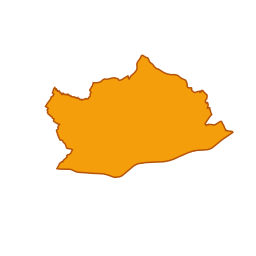 outline of Itagüí, Antioquia, Colombia, rotated 41°
{"feature_id": "7082276B40156907925674", "entity_name": "Itagüí", "entity_type": "district", "adm_level": 2, "iso_a3": "COL", "parent_name": "Colombia", "parent_adm1": "Antioquia", "projection": "equal_earth", "projection_center": [-75.62, 6.177], "detail": "fine", "context": "isolated", "style": "filled", "palette": "amber", "viewbox_px": 256, "rotation_deg": 41, "n_neighbors": 0, "source": "geoboundaries", "source_scale": "gbopen_adm2", "svg_char_len": 5499}
<svg xmlns="http://www.w3.org/2000/svg" viewBox="0 0 256 256"><g transform="rotate(41 128 128)"><path d="M204.2,88.7L204.8,86.5L206.7,75.2L210.0,62.5L209.1,62.3L207.9,63.0L207.9,62.9L205.1,64.8L204.8,65.0L203.8,65.1L203.7,65.7L200.0,64.2L199.8,63.9L194.7,61.9L194.2,61.8L193.6,62.2L193.4,62.4L191.4,68.9L190.4,69.6L188.0,71.1L187.2,72.0L186.9,72.3L186.5,72.3L186.5,72.6L186.1,73.1L185.4,73.6L185.3,74.7L183.8,74.4L183.5,74.3L183.4,74.2L182.9,71.1L182.4,66.7L182.3,65.5L182.3,63.5L182.4,63.0L179.8,61.7L179.0,61.0L178.6,60.9L178.0,60.3L177.4,60.3L177.3,60.2L177.0,60.0L176.7,59.3L176.4,59.1L176.2,59.1L175.8,59.5L175.3,60.5L174.8,60.9L174.2,59.4L173.4,58.1L173.1,57.7L172.7,57.4L171.4,56.7L171.0,58.0L170.4,57.6L170.3,57.4L170.1,57.4L169.9,57.7L169.7,57.7L169.1,57.4L168.9,57.2L168.4,56.2L168.3,55.4L168.2,54.4L168.1,54.0L167.9,53.7L167.7,53.6L167.5,53.0L166.6,51.8L166.3,51.5L165.6,51.2L163.4,51.2L162.9,51.1L161.6,51.1L160.5,50.7L160.1,50.7L159.4,50.9L159.0,51.4L159.1,51.8L159.6,52.4L159.6,52.5L158.9,53.9L158.2,53.3L158.3,52.9L157.1,54.2L155.4,57.0L155.1,57.4L154.8,57.6L154.3,57.7L153.7,57.8L152.1,57.8L151.4,57.7L150.8,57.3L150.2,56.5L150.0,56.2L149.7,56.1L149.4,56.1L148.2,57.3L147.5,57.8L147.1,58.0L145.9,58.0L145.2,57.7L144.1,56.3L143.2,55.6L140.7,54.3L140.2,54.2L139.8,54.2L139.4,54.3L138.2,54.8L137.1,55.1L136.0,55.3L135.3,55.5L134.5,55.6L132.0,55.6L131.2,55.7L130.4,55.9L128.1,57.2L126.6,58.6L125.8,59.2L124.3,60.3L121.3,61.8L118.3,62.7L116.8,63.0L112.8,63.5L112.0,63.7L110.9,64.4L110.5,64.5L107.5,64.4L105.5,63.9L104.3,63.8L101.9,64.0L100.3,63.6L97.5,62.2L97.1,62.2L96.8,62.2L96.4,62.3L95.0,63.0L94.5,63.1L92.7,63.3L91.7,63.5L91.1,63.8L90.8,64.0L90.7,64.4L91.2,66.3L91.5,67.9L91.7,69.2L91.7,70.2L91.9,71.5L92.0,72.0L92.4,73.4L93.1,74.3L95.6,76.9L96.1,77.8L96.5,79.0L96.6,80.7L96.7,81.5L96.6,82.4L96.5,83.7L96.1,86.0L96.1,87.8L96.5,89.3L96.6,89.9L96.6,90.2L96.5,90.3L96.2,90.4L95.6,90.1L94.5,89.2L94.2,88.8L94.0,88.7L93.8,88.7L93.6,89.0L92.2,93.4L92.0,94.4L91.5,95.6L91.2,96.3L90.2,97.8L89.9,97.9L89.7,97.9L89.3,97.8L88.8,97.5L87.9,97.5L86.7,98.2L85.9,98.5L85.4,98.7L84.9,99.0L83.4,100.5L81.4,103.4L80.3,104.8L79.8,105.4L78.7,106.0L78.1,106.5L77.9,106.9L77.5,107.8L77.1,110.6L76.7,111.7L75.9,112.9L74.5,114.6L74.2,114.9L72.8,115.9L72.5,116.3L72.3,116.9L72.2,116.9L73.2,118.8L73.4,119.5L73.5,119.9L73.6,121.1L73.7,121.7L73.9,122.2L74.0,124.1L74.1,124.3L74.3,124.6L75.1,124.9L75.7,125.0L76.4,125.1L76.7,125.2L76.8,125.9L77.0,126.8L77.1,127.1L78.6,128.9L78.7,129.4L78.3,130.6L78.3,130.8L78.8,132.2L77.9,133.1L77.7,133.2L77.3,133.1L77.1,133.3L77.0,133.7L76.7,133.7L75.9,135.4L75.4,136.0L75.2,136.5L75.1,136.8L74.9,137.1L74.7,137.2L74.5,137.3L74.2,137.1L73.9,137.0L73.4,137.9L73.1,138.1L72.4,137.9L71.9,137.8L71.7,137.8L71.1,138.2L70.6,138.7L70.4,138.7L70.0,138.1L69.9,138.3L69.8,138.8L69.6,139.2L69.2,139.3L68.8,139.2L68.6,139.2L68.3,139.5L68.1,139.8L67.7,139.6L67.0,139.8L66.5,140.3L66.0,140.5L65.9,141.0L65.7,141.2L65.1,141.3L64.9,141.4L64.6,141.4L64.4,141.1L64.2,141.1L63.9,141.3L63.6,141.7L63.5,141.8L62.5,141.5L62.2,141.6L61.5,142.4L61.2,142.2L60.9,142.0L60.7,142.3L60.4,142.3L60.2,142.1L59.9,142.3L59.8,143.3L59.5,143.5L58.9,143.5L58.6,144.0L58.0,144.4L57.5,144.3L56.6,144.2L56.5,144.4L56.1,144.6L56.2,145.0L56.3,145.2L56.6,145.3L56.7,145.6L56.6,145.8L56.5,146.0L55.8,146.0L55.8,145.9L55.8,145.3L55.8,145.2L55.7,145.1L54.8,145.5L54.2,145.7L53.9,145.9L53.5,145.6L53.4,145.6L53.2,145.8L52.6,145.6L52.3,145.3L51.9,145.2L51.8,145.5L52.0,145.7L52.0,145.8L51.8,145.9L51.6,146.0L51.3,145.6L51.2,145.6L50.7,146.4L50.2,146.0L50.0,145.9L49.8,145.9L49.6,146.4L49.4,146.5L49.2,146.5L49.2,146.3L49.1,145.9L48.7,145.7L48.3,145.5L48.1,145.6L48.1,145.9L48.0,146.1L47.6,145.7L47.1,145.9L46.2,145.5L46.2,146.4L46.3,147.1L46.6,148.0L47.4,149.6L47.9,151.1L48.3,151.1L49.9,151.1L50.1,152.1L50.2,153.6L49.9,154.7L49.7,154.9L49.7,155.3L49.8,155.4L50.5,156.4L50.7,158.1L51.0,162.5L51.2,163.2L51.6,165.9L54.0,165.5L54.9,165.5L55.1,167.3L55.4,167.6L56.3,167.9L56.5,168.0L56.8,169.0L57.4,169.2L58.7,169.8L58.9,169.8L59.6,169.8L60.2,169.6L62.0,169.8L62.8,169.4L63.6,169.6L64.3,170.2L64.6,170.2L66.0,169.7L66.4,170.0L66.9,171.3L67.2,171.5L67.8,171.6L69.9,171.4L71.0,171.1L72.1,171.1L72.3,171.0L72.8,170.5L73.2,170.3L73.6,170.1L74.0,170.1L74.1,172.2L74.6,173.5L75.5,173.8L75.8,174.1L75.8,174.8L75.8,175.3L75.5,176.2L75.5,176.5L75.8,177.0L80.3,179.7L84.3,181.6L84.8,181.5L86.2,180.5L86.6,180.4L86.8,180.4L88.6,181.2L90.7,181.1L94.6,183.2L95.1,183.4L95.5,183.3L98.2,181.6L99.4,181.1L100.4,180.9L100.8,182.8L101.2,184.1L101.3,184.6L101.3,185.5L101.0,186.5L100.6,187.2L100.3,187.6L99.9,187.9L99.9,188.8L99.9,189.0L101.1,190.0L100.4,194.9L100.9,196.0L101.0,196.3L100.2,196.7L99.7,199.1L99.7,199.9L99.7,200.1L100.0,200.5L101.0,205.3L101.6,205.0L103.5,203.7L105.2,202.3L111.2,197.3L112.9,196.4L114.8,195.9L117.5,195.1L118.8,194.4L120.8,193.1L125.7,189.3L130.2,186.1L133.1,183.8L134.4,182.7L139.2,179.0L140.0,178.5L142.5,177.2L146.6,175.5L148.6,174.8L149.6,174.4L150.7,173.6L153.3,170.8L153.7,170.3L154.1,169.5L154.5,168.7L154.8,167.8L155.2,165.7L157.0,154.0L157.2,153.1L157.4,152.0L157.9,150.8L158.4,149.7L158.7,148.9L160.0,147.1L161.9,145.1L163.1,143.5L164.2,142.3L171.5,135.3L174.8,132.2L176.6,130.5L178.0,128.9L180.3,125.9L181.9,123.3L182.8,121.8L184.3,118.5L185.6,115.5L186.8,113.2L188.8,108.8L189.7,107.0L190.7,105.3L191.5,104.1L191.4,103.9L192.2,102.8L193.2,101.8L193.0,101.6L195.5,98.8L199.7,94.8L201.6,92.8L202.4,91.9L202.9,91.1L203.6,90.0L204.2,88.7Z" fill="#f59e0b" stroke="#b45309" stroke-width="1.5"/></g></svg>